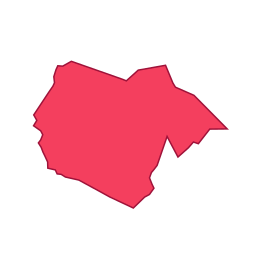 the district of José da Penha, Rio Grande do Norte, Brazil, rotated 292°
{"feature_id": "56859067B70747507045438", "entity_name": "José da Penha", "entity_type": "district", "adm_level": 2, "iso_a3": "BRA", "parent_name": "Brazil", "parent_adm1": "Rio Grande do Norte", "projection": "mercator", "projection_center": [-38.291, -6.348], "detail": "fine", "context": "isolated", "style": "filled", "palette": "rose", "viewbox_px": 256, "rotation_deg": 292, "n_neighbors": 0, "source": "geoboundaries", "source_scale": "gbopen_adm2", "svg_char_len": 733}
<svg xmlns="http://www.w3.org/2000/svg" viewBox="0 0 256 256"><g transform="rotate(292 128 128)"><path d="M168.6,50.5L160.9,44.3L159.4,39.6L155.0,39.4L147.8,40.0L142.4,42.9L138.5,42.7L131.8,41.2L104.8,35.7L100.9,40.6L94.7,39.6L92.7,48.1L89.8,51.5L84.2,51.5L80.6,50.5L77.5,54.8L73.9,58.1L71.1,61.2L66.4,66.2L60.7,68.7L61.9,76.3L58.9,79.5L60.0,83.4L59.1,88.3L61.3,101.9L58.4,127.2L57.2,137.1L55.8,162.9L70.2,169.3L74.4,172.8L81.9,174.6L84.9,171.3L89.8,166.6L95.5,166.4L99.5,167.7L104.2,169.0L134.8,167.4L119.8,185.2L132.3,191.4L139.5,193.9L139.8,199.1L157.6,204.2L164.3,220.3L183.0,176.9L183.6,156.7L186.5,152.8L200.2,139.3L185.5,115.8L171.1,108.8L171.1,104.8L168.6,50.5Z" fill="#f43f5e" stroke="#9f1239" stroke-width="1.5"/></g></svg>